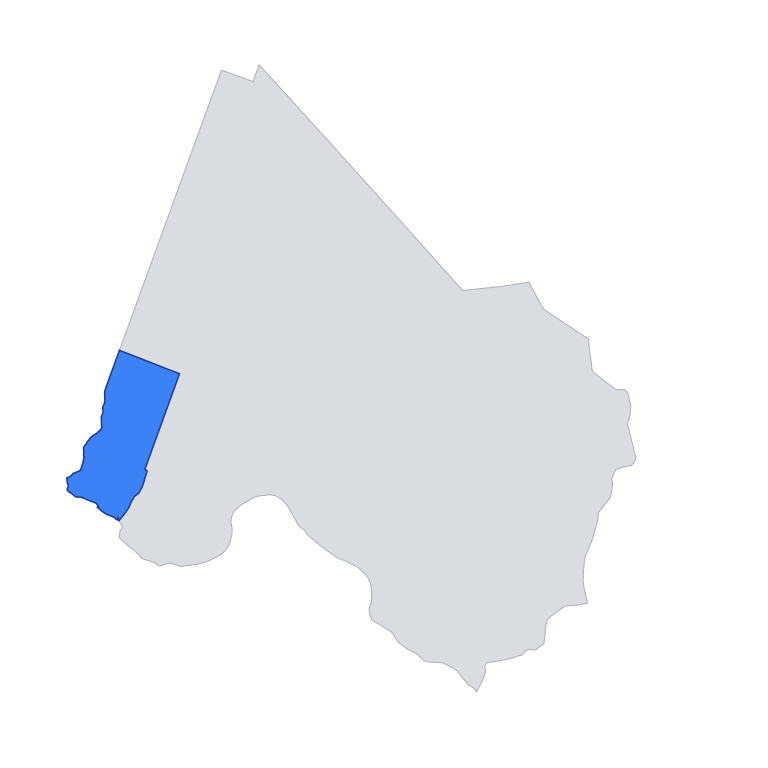 Al Butnan highlighted on a map of Libya, rotated 200°
{"feature_id": "LBY-2987", "entity_name": "Al Butnan", "entity_type": "Municipality", "adm_level": 1, "iso_a3": "LBY", "parent_name": "Libya", "parent_adm1": "", "projection": "mercator", "projection_center": [24.313, 30.16], "detail": "fine", "context": "in_parent", "style": "filled", "palette": "blue", "viewbox_px": 768, "rotation_deg": 200, "n_neighbors": 0, "source": "natural_earth", "source_scale": "10m", "svg_char_len": 4805}
<svg xmlns="http://www.w3.org/2000/svg" viewBox="0 0 768 768"><g transform="rotate(200 384 384)"><path d="M125.0,243.3L129.0,241.2L134.7,238.9L137.7,237.2L138.9,235.7L143.2,229.6L145.4,226.3L148.4,221.7L149.8,218.5L149.8,215.5L149.3,212.0L147.0,203.4L145.0,195.0L146.5,191.8L147.8,190.2L150.4,186.3L151.4,185.5L157.1,184.3L159.4,181.7L161.2,178.4L161.6,176.6L164.1,174.8L167.1,173.0L168.9,170.7L174.9,167.0L180.4,163.7L186.8,160.2L191.7,157.4L192.7,155.1L192.7,153.0L190.0,148.3L190.0,142.8L190.2,138.2L190.4,135.4L191.6,127.8L191.7,126.8L196.8,129.3L202.1,130.3L217.7,139.7L222.7,140.9L233.6,142.0L246.5,138.2L251.4,137.5L259.9,141.1L263.6,142.1L269.9,142.4L280.7,145.7L283.4,146.8L289.7,152.0L292.7,153.6L315.0,158.3L318.0,161.5L321.1,167.5L321.2,175.0L322.9,180.4L325.7,187.4L329.0,192.4L332.7,196.5L337.0,199.1L346.7,202.9L357.7,204.3L368.8,204.8L387.9,210.0L404.0,216.1L408.0,219.0L416.1,221.9L432.2,236.0L441.2,240.9L447.5,241.9L453.1,241.0L463.1,236.1L467.3,233.2L477.3,221.0L480.6,214.7L481.9,210.2L481.6,205.6L480.4,201.4L477.6,197.1L475.6,191.4L474.4,181.1L476.0,173.9L477.9,169.6L481.0,165.2L489.3,156.8L497.7,150.8L512.5,143.0L521.2,142.9L524.7,142.1L531.8,136.6L534.7,136.4L538.6,137.7L550.3,137.3L555.5,138.9L561.6,142.3L569.3,144.4L574.8,146.6L580.6,149.3L581.9,156.1L581.3,158.1L581.2,160.7L587.2,165.4L604.4,167.6L607.8,168.8L612.5,172.4L615.5,173.5L627.3,174.0L634.1,173.2L640.7,174.5L643.1,175.7L645.6,178.5L648.6,185.2L649.8,187.5L648.5,188.6L646.7,191.0L645.5,193.0L642.4,196.5L639.8,200.1L640.0,205.4L640.6,210.8L642.4,216.1L643.9,222.0L643.4,225.8L642.2,230.5L640.6,234.4L635.6,242.5L634.8,244.4L635.1,247.1L638.1,256.6L638.4,259.6L640.2,268.8L641.9,276.3L643.8,282.2L644.1,283.8L644.1,292.4L644.1,301.0L644.1,309.6L644.1,318.2L644.1,326.7L644.1,335.3L644.1,343.8L644.1,352.3L644.1,360.8L644.1,369.2L644.1,377.7L644.1,386.1L644.1,394.5L644.1,402.9L644.1,411.3L644.1,419.7L644.1,428.0L644.1,436.3L644.1,444.7L644.1,453.0L644.1,461.3L644.1,469.5L644.1,477.8L644.1,486.0L644.1,494.3L644.1,502.5L644.1,510.7L644.1,518.9L644.1,527.1L644.1,535.2L644.1,543.4L644.1,551.5L644.1,569.5L644.1,587.5L644.1,605.4L644.0,623.2L643.9,623.3L643.7,623.4L635.3,623.4L627.1,623.4L618.8,623.4L610.5,623.4L610.5,627.9L610.5,632.3L610.5,636.8L610.5,641.2L594.4,632.8L578.3,624.4L562.3,615.9L546.2,607.4L530.1,599.0L514.0,590.5L497.9,582.0L481.8,573.4L465.8,564.9L449.7,556.3L433.6,547.8L417.5,539.2L401.4,530.6L385.3,522.0L369.3,513.4L353.2,504.7L342.1,498.8L330.1,504.6L320.7,509.2L308.3,515.2L294.1,522.9L283.2,528.9L282.7,528.9L282.2,528.7L270.8,518.6L262.0,510.7L258.0,508.4L241.3,504.4L224.7,500.4L207.2,496.1L204.1,489.6L200.5,482.4L195.7,473.3L192.8,467.7L191.8,466.8L178.4,462.4L164.2,458.1L155.9,460.7L154.5,460.5L152.1,458.9L149.8,456.6L148.5,453.5L145.2,449.3L142.1,439.6L141.8,431.9L141.2,429.2L133.8,418.3L127.1,408.4L122.7,401.8L121.8,398.8L122.3,395.1L124.1,391.8L130.6,387.9L136.5,383.7L137.3,380.7L137.6,372.5L135.7,370.0L134.3,365.1L132.9,358.5L132.7,354.3L135.3,345.9L138.4,337.1L136.4,327.3L135.0,307.6L135.9,292.0L135.2,286.4L134.6,284.0L132.6,276.6L130.2,268.9L129.1,266.3L125.9,260.1L120.7,252.4L118.0,247.7L121.7,245.2L125.0,243.3Z" fill="#d9dde1" stroke="#a8b0b8" stroke-width="1"/><path d="M649.8,187.4L647.7,189.1L646.8,190.5L645.5,193.8L640.1,198.3L639.7,199.6L639.7,201.0L640.0,204.3L640.0,207.5L640.8,211.7L641.0,212.5L642.2,214.9L642.6,216.9L644.1,220.1L644.6,221.6L644.4,223.0L643.8,224.3L643.4,225.9L643.1,228.0L642.1,230.7L642.0,231.5L641.6,232.8L641.0,234.2L639.0,237.1L638.0,238.2L637.1,239.3L636.8,239.9L636.2,241.2L634.8,243.7L634.3,245.1L634.3,246.6L634.6,247.4L635.5,249.2L638.4,256.4L638.6,257.3L638.5,258.1L638.0,260.1L638.2,261.7L639.9,264.6L640.4,266.2L640.4,267.1L640.1,269.9L640.2,271.4L640.5,272.7L643.3,279.5L643.9,281.6L644.1,283.8L644.1,288.5L644.1,295.0L644.1,310.2L644.1,325.3L643.8,325.2L643.4,325.1L627.5,324.8L611.5,324.4L595.6,324.0L579.7,323.7L579.6,298.6L579.6,273.3L579.6,247.8L579.5,222.2L578.8,221.9L578.1,221.6L577.4,221.4L576.7,221.1L576.5,213.0L576.1,210.1L576.1,204.1L577.1,197.4L580.0,193.1L581.1,187.0L581.6,179.9L583.3,173.7L584.9,169.0L586.0,165.5L586.0,165.3L586.8,165.5L587.2,165.8L587.4,166.2L587.7,167.1L588.1,167.4L588.0,166.8L587.6,165.0L588.3,165.2L589.7,165.3L590.0,165.4L591.0,166.2L591.2,166.3L595.4,166.7L600.1,166.6L605.8,168.0L611.1,170.1L610.3,170.9L610.2,171.2L610.5,171.4L611.3,171.8L613.4,173.4L614.2,173.6L620.6,173.6L629.5,174.2L632.5,173.3L633.3,172.7L633.7,172.6L635.0,172.8L635.3,172.8L635.5,172.6L635.8,172.5L636.1,172.7L636.2,172.8L636.6,173.1L637.1,173.2L637.7,173.6L638.8,173.7L640.2,174.3L644.1,175.1L645.3,175.9L645.9,177.2L645.6,178.7L645.5,179.6L645.7,180.3L646.9,181.6L648.7,184.2L648.8,184.9L649.3,186.0L650.0,187.2L649.9,187.3L649.8,187.4Z" fill="#3b82f6" stroke="#1e3a8a" stroke-width="1.5"/></g></svg>